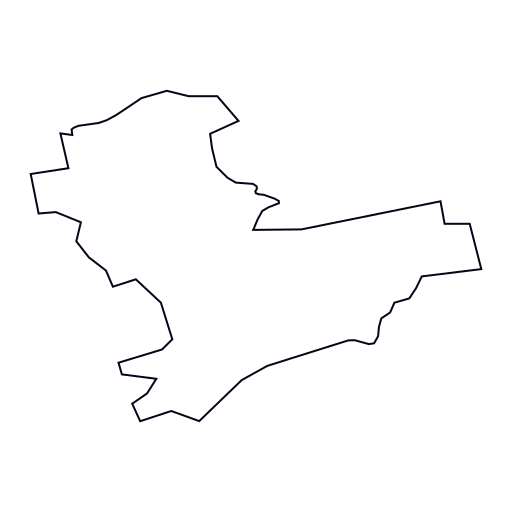 map outline of Vecumnieku (Robinson projection)
{"feature_id": "LVA-5735", "entity_name": "Vecumnieku", "entity_type": "Municipality", "adm_level": 1, "iso_a3": "LVA", "parent_name": "Latvia", "parent_adm1": "", "projection": "robinson", "projection_center": [24.617, 56.512], "detail": "fine", "context": "isolated", "style": "outline", "palette": "ink", "viewbox_px": 512, "rotation_deg": 0, "n_neighbors": 0, "source": "natural_earth", "source_scale": "10m", "svg_char_len": 998}
<svg xmlns="http://www.w3.org/2000/svg" viewBox="0 0 512 512"><path d="M390.1,312.5L381.3,318.4L378.9,327.1L378.1,336.2L374.1,343.3L368.9,344.1L354.7,340.2L348.3,340.4L290.3,358.6L267.0,366.0L241.7,380.1L199.2,421.1L171.2,411.0L140.2,421.2L132.2,403.7L147.1,393.4L156.3,378.8L121.9,374.4L118.5,362.7L162.0,349.5L172.3,339.3L160.9,302.7L135.8,279.3L112.9,286.7L106.0,270.6L88.9,257.4L76.3,241.3L80.9,222.3L55.8,212.1L38.6,213.5L30.7,174.0L68.4,168.2L60.4,133.4L72.3,135.0L71.6,129.5L73.6,127.8L78.5,125.8L98.5,123.0L106.7,120.2L116.6,114.8L141.5,98.1L166.8,90.8L188.6,96.2L217.3,96.2L238.5,120.9L210.1,133.8L212.1,148.6L216.5,166.8L227.7,177.9L235.8,182.6L253.0,183.9L256.6,186.3L256.9,188.7L255.3,191.5L255.9,193.3L258.9,194.3L263.8,194.8L275.0,198.8L278.8,201.0L278.9,203.2L268.7,207.2L262.3,210.9L257.8,219.1L253.2,229.9L301.4,229.4L440.5,201.3L444.6,223.8L469.7,223.8L481.3,269.1L421.8,276.4L416.1,288.1L409.3,298.4L394.4,302.7L390.1,312.5Z" fill="none" stroke="#020617" stroke-width="2"/></svg>